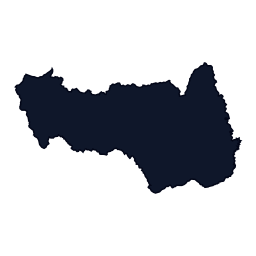 outline of Marañon, Huánuco, Peru
{"feature_id": "86281439B56657051022034", "entity_name": "Marañon", "entity_type": "district", "adm_level": 2, "iso_a3": "PER", "parent_name": "Peru", "parent_adm1": "Huánuco", "projection": "mercator", "projection_center": [-76.725, -8.733], "detail": "fine", "context": "isolated", "style": "filled", "palette": "ink", "viewbox_px": 256, "rotation_deg": 0, "n_neighbors": 0, "source": "geoboundaries", "source_scale": "gbopen_adm2", "svg_char_len": 5755}
<svg xmlns="http://www.w3.org/2000/svg" viewBox="0 0 256 256"><path d="M184.0,184.5L185.8,183.2L187.6,180.9L188.8,181.1L190.9,179.2L191.6,179.1L195.1,179.4L197.2,181.3L199.4,182.7L199.8,183.8L200.7,184.6L202.4,184.7L202.5,185.8L203.9,186.2L204.9,187.3L208.1,186.9L209.2,186.3L213.1,185.4L213.5,184.6L214.8,184.6L216.1,183.7L217.0,183.9L217.7,183.2L218.7,183.0L218.8,182.3L220.0,181.5L220.6,181.8L221.7,181.2L222.9,181.3L223.8,180.8L225.6,177.2L226.1,177.1L226.8,177.6L228.1,177.4L228.3,176.4L230.5,176.2L230.8,175.0L232.7,173.3L232.8,172.3L232.2,171.5L232.5,170.5L234.3,167.1L234.7,166.9L234.8,167.5L235.1,167.1L235.3,165.4L234.4,165.1L233.7,164.4L234.7,164.0L233.9,162.9L234.6,161.8L234.8,160.6L233.9,159.3L234.8,158.0L233.7,157.8L234.0,157.2L233.4,156.6L233.3,154.5L233.6,154.4L233.9,154.8L234.4,154.1L233.9,153.6L234.2,151.4L234.8,151.7L235.4,151.1L235.0,150.8L235.9,150.0L237.6,149.5L237.0,148.8L237.1,148.5L238.6,148.6L238.4,148.1L237.7,148.2L238.0,147.1L237.4,146.4L238.7,146.6L238.8,145.5L238.5,144.9L239.1,144.6L238.2,144.3L238.0,143.4L239.3,143.2L240.2,142.1L239.4,141.8L239.3,141.5L240.6,140.7L239.5,140.4L239.1,139.4L239.1,138.1L237.6,138.9L237.4,139.5L237.1,138.7L236.4,138.4L236.2,139.5L233.9,139.8L232.6,140.8L231.5,140.2L232.3,137.4L230.5,135.1L230.7,134.5L232.0,134.1L232.3,133.5L231.7,132.9L230.3,132.6L229.8,131.8L230.3,131.3L231.4,131.7L232.4,131.4L232.9,131.1L232.9,130.7L230.5,127.7L230.3,125.9L229.7,124.9L227.2,123.3L227.1,122.5L227.8,121.1L227.7,119.4L227.1,119.1L225.8,119.6L225.1,119.0L225.1,118.3L226.0,117.8L228.6,118.9L229.2,118.5L228.1,114.3L227.3,113.4L225.1,112.1L224.9,111.5L225.2,110.3L226.1,108.9L226.0,108.3L224.9,107.8L224.7,106.7L226.3,104.5L224.0,102.3L224.5,101.0L224.2,100.2L221.6,98.4L221.7,97.8L222.9,96.7L222.6,95.8L221.4,94.9L220.8,94.9L219.3,95.9L218.3,95.8L218.7,94.1L218.5,92.8L216.3,90.4L215.5,87.1L213.8,86.0L214.8,83.2L216.4,82.0L215.9,80.7L214.2,79.7L213.2,76.9L213.1,76.2L214.0,75.7L214.3,74.9L213.0,73.3L213.1,71.5L212.1,69.6L212.2,67.2L211.3,66.0L210.4,65.7L207.4,65.8L206.2,63.7L205.3,63.1L204.4,63.0L203.5,65.3L200.7,66.1L198.6,68.3L197.6,68.9L195.2,69.6L193.6,71.7L193.1,73.5L191.5,74.9L191.4,76.2L190.6,78.0L189.8,78.8L189.8,80.6L188.9,83.0L188.8,84.5L187.2,86.5L187.6,88.1L186.9,90.1L185.1,92.8L185.4,95.0L180.2,96.3L179.6,96.2L179.6,95.1L178.9,93.9L180.0,91.7L179.7,91.0L179.2,90.6L177.7,88.1L176.7,88.2L175.6,87.7L172.7,84.8L170.7,83.6L169.6,81.7L169.8,80.8L169.1,80.5L165.4,82.6L163.7,82.3L162.0,83.0L160.1,82.6L158.2,83.4L157.0,83.5L156.0,83.0L155.8,83.7L154.6,83.3L152.0,84.1L151.4,83.9L151.1,84.6L150.0,85.7L148.1,85.2L147.5,85.7L145.4,86.2L144.9,85.5L143.0,85.2L142.7,86.5L141.1,87.2L139.3,87.5L136.3,86.6L134.8,84.8L133.1,84.0L132.5,84.0L130.5,85.9L127.8,84.9L125.1,86.4L123.2,85.3L121.8,85.9L120.7,85.7L119.5,83.2L117.9,83.1L115.0,84.5L114.1,84.7L113.1,84.2L112.4,84.3L111.2,85.6L110.2,86.0L110.2,87.5L109.6,88.2L109.4,90.2L108.3,91.2L106.3,91.6L106.2,93.9L105.8,94.4L104.6,93.9L103.8,92.7L101.9,92.7L101.3,92.0L99.5,93.5L99.6,94.5L99.4,94.8L98.2,94.2L95.5,95.1L91.6,94.5L91.4,93.6L90.3,92.4L90.8,91.4L89.5,90.9L89.0,90.2L87.9,90.1L87.4,90.5L87.0,91.5L85.8,92.1L85.4,93.0L83.3,93.2L79.8,92.2L76.5,88.6L74.1,89.6L72.5,89.2L71.8,90.0L71.3,91.7L68.8,91.8L67.6,91.0L67.5,90.1L66.7,89.6L66.6,88.6L63.9,88.0L63.6,87.7L63.6,86.3L61.9,86.1L60.5,84.4L60.7,83.6L61.7,83.0L61.8,81.4L62.8,80.3L62.7,78.9L62.4,78.4L60.8,77.4L58.5,78.6L58.2,77.6L57.1,76.9L56.4,77.1L55.1,76.7L54.8,77.5L54.1,77.7L50.8,77.0L50.3,76.0L51.0,75.1L51.2,74.1L52.1,73.3L52.6,71.7L52.6,69.8L52.1,68.8L51.9,69.5L50.0,71.3L47.3,73.1L46.3,74.1L44.0,75.0L42.5,76.7L40.1,76.9L38.3,78.0L35.9,77.5L34.7,76.9L32.0,76.6L26.0,74.4L25.7,75.2L24.6,76.0L24.3,77.4L23.4,78.9L23.4,80.3L22.3,82.1L21.4,82.7L20.2,84.4L19.7,84.4L18.9,85.1L17.0,85.3L15.5,86.7L15.4,87.0L16.3,87.1L16.7,88.0L15.8,89.8L16.1,90.8L16.8,91.5L16.7,92.2L17.9,94.2L19.6,95.2L19.5,96.9L21.1,99.1L21.2,100.5L20.6,102.6L20.8,104.2L20.3,105.1L20.5,105.9L19.9,106.7L20.1,108.6L21.8,110.1L25.0,110.1L26.7,111.0L27.2,112.4L26.8,113.0L26.6,114.7L28.5,117.9L28.3,118.8L28.8,120.0L28.6,120.9L29.6,121.9L29.3,123.4L29.6,125.1L28.9,125.8L29.2,126.9L32.4,129.6L33.3,130.0L34.2,134.1L33.7,134.9L34.1,135.1L34.6,136.2L37.6,138.0L38.8,140.4L39.7,144.6L41.8,147.2L44.1,148.3L45.9,147.2L46.7,145.3L48.8,143.7L47.7,141.1L49.2,136.9L50.8,137.9L53.4,137.9L54.5,136.6L57.7,136.2L58.5,134.9L60.9,136.7L62.4,136.3L62.7,137.3L63.8,137.6L63.9,138.8L65.0,139.0L66.7,141.6L67.8,142.0L67.9,143.0L68.5,143.8L69.7,143.9L69.7,144.8L71.9,145.6L72.2,146.1L71.9,147.7L71.3,148.1L71.4,148.5L73.9,150.2L75.4,149.8L77.0,151.5L78.4,151.3L79.2,150.0L79.9,149.9L81.7,150.8L83.0,152.1L83.6,150.8L84.4,150.4L85.2,149.1L86.0,148.9L87.1,149.8L88.5,149.6L91.3,150.9L92.9,149.0L94.1,149.8L95.7,149.8L97.4,151.7L98.3,151.9L99.2,151.6L99.7,153.8L100.1,154.2L104.2,154.3L106.5,154.9L107.1,154.3L106.9,153.1L107.5,151.9L110.5,151.2L110.9,150.7L112.4,150.3L114.3,148.5L116.6,148.2L117.6,149.4L119.1,149.4L120.2,149.9L121.6,150.1L122.4,151.1L123.4,151.7L123.7,152.7L124.6,154.2L125.6,153.3L126.8,153.6L128.1,156.3L129.8,158.3L130.3,158.0L130.5,157.4L131.8,155.9L132.4,155.8L133.2,156.5L135.0,158.9L134.6,160.1L135.1,161.2L136.1,161.9L136.1,162.8L136.5,163.5L136.4,164.2L137.5,164.2L138.6,164.8L138.9,165.5L139.0,167.0L139.4,167.8L141.2,167.9L142.1,168.3L142.4,169.2L141.7,170.3L143.0,171.3L143.4,172.0L143.3,172.8L144.5,173.5L145.4,176.4L147.5,179.0L147.6,180.9L148.4,181.7L149.2,183.9L150.6,185.2L149.4,185.5L148.2,187.2L148.8,188.0L150.0,188.4L151.4,190.8L153.6,192.3L155.5,193.0L159.6,191.8L161.7,189.6L164.4,188.5L166.4,186.3L166.9,186.2L167.9,186.5L170.1,185.0L171.2,186.1L172.1,187.5L172.7,187.7L174.6,186.5L175.3,186.5L176.7,185.3L181.8,185.4L184.0,184.5Z" fill="#0f172a" stroke="#020617" stroke-width="1.5"/></svg>